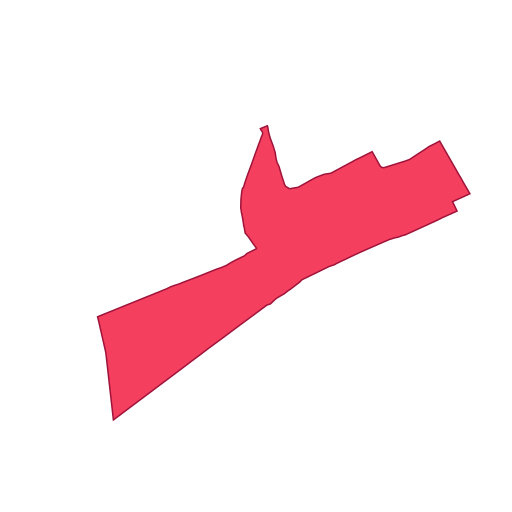 the district of Santa Cruz Amilpas, Oaxaca, Mexico, rotated 50°
{"feature_id": "50627088B5876126006722", "entity_name": "Santa Cruz Amilpas", "entity_type": "district", "adm_level": 2, "iso_a3": "MEX", "parent_name": "Mexico", "parent_adm1": "Oaxaca", "projection": "albers", "projection_center": [-96.687, 17.048], "detail": "fine", "context": "isolated", "style": "filled", "palette": "rose", "viewbox_px": 512, "rotation_deg": 50, "n_neighbors": 0, "source": "geoboundaries", "source_scale": "gbopen_adm2", "svg_char_len": 2734}
<svg xmlns="http://www.w3.org/2000/svg" viewBox="0 0 512 512"><g transform="rotate(50 256 256)"><path d="M289.9,470.6L291.6,439.2L294.6,383.9L295.1,373.9L295.4,368.3L295.6,364.8L295.7,362.7L295.8,361.2L296.2,352.2L297.9,325.2L297.9,324.1L299.7,294.6L300.6,279.3L302.0,275.7L301.6,269.9L301.6,267.1L302.4,262.4L303.1,258.7L303.2,254.3L303.6,250.4L304.1,238.9L304.0,238.4L303.7,236.7L303.9,235.6L304.2,234.1L308.3,217.8L311.0,206.9L313.2,201.2L313.3,201.0L313.3,200.0L315.4,191.7L315.7,190.9L316.9,186.0L318.5,179.8L320.0,174.3L321.2,170.2L322.4,165.9L329.1,143.2L329.6,142.2L331.1,138.4L332.8,135.3L334.7,130.2L335.6,128.5L335.9,127.6L344.9,94.9L346.1,90.2L346.3,88.8L347.2,85.9L350.8,73.1L340.7,70.5L342.0,65.8L343.9,59.0L345.8,52.1L338.4,50.8L334.7,50.2L331.6,49.6L326.8,48.7L325.3,48.5L320.2,47.6L319.9,47.5L314.8,46.6L311.5,46.0L286.0,41.4L285.2,45.3L284.1,50.0L283.7,51.6L283.4,52.9L282.7,59.8L281.6,68.7L280.8,76.0L279.5,79.9L272.8,95.9L270.5,101.4L269.0,102.6L267.5,103.1L264.9,102.7L264.4,102.6L258.4,101.4L258.1,101.4L256.4,101.0L253.7,100.5L250.7,100.0L250.3,101.9L249.7,104.3L247.3,114.4L246.7,116.3L246.6,117.0L246.2,118.6L245.6,121.8L243.5,131.9L242.5,136.8L240.7,145.4L237.2,151.3L235.6,155.8L234.2,160.0L233.2,164.9L231.9,171.9L231.1,176.1L230.5,179.4L226.1,187.0L222.4,188.3L221.3,188.5L219.7,188.2L211.2,184.8L202.2,180.8L198.0,179.8L194.1,177.9L189.1,174.8L182.7,172.1L175.3,169.5L172.5,168.3L168.3,166.2L164.5,163.9L163.5,163.6L162.8,165.9L162.4,167.2L161.2,170.8L162.6,171.2L164.0,171.2L165.7,171.7L166.8,172.4L168.2,175.3L170.5,179.2L172.5,182.8L174.9,186.9L177.2,190.9L179.6,195.0L180.1,195.8L181.4,198.1L181.8,198.7L184.5,203.4L184.9,204.1L187.5,208.7L187.9,209.4L190.2,213.3L190.6,214.0L191.5,215.4L191.9,216.1L193.0,217.9L193.5,218.6L195.6,221.7L195.3,222.6L197.4,225.4L202.9,231.1L206.3,234.1L209.5,236.9L211.3,237.9L212.0,238.4L213.3,239.2L216.2,240.7L217.4,241.4L219.1,242.4L220.0,242.9L220.5,243.2L223.1,244.8L225.6,246.3L227.0,246.9L228.3,247.7L230.5,249.0L231.6,249.6L231.9,249.5L232.5,249.5L235.4,249.5L237.6,249.6L243.4,250.2L244.9,250.3L247.7,250.5L250.1,250.6L250.4,250.7L250.6,251.4L248.2,261.5L248.5,264.5L247.9,266.7L247.1,270.0L246.6,271.8L245.8,275.2L245.4,277.2L244.9,279.8L244.3,283.5L244.1,285.1L243.7,286.2L242.6,289.9L241.6,292.3L241.5,292.7L240.7,294.7L235.1,311.8L231.8,321.5L228.9,329.8L228.7,330.5L228.4,331.5L228.0,332.8L227.6,333.7L226.6,336.2L226.2,337.1L225.7,338.5L225.4,339.4L224.8,340.8L224.7,341.3L224.0,344.1L223.6,345.8L222.5,349.1L220.7,354.8L219.6,357.9L219.4,358.8L216.5,367.6L215.0,372.3L210.5,386.1L200.7,416.4L206.9,419.5L208.8,420.5L218.8,425.6L228.5,430.6L230.3,431.5L233.3,433.1L235.2,434.3L289.9,470.6Z" fill="#f43f5e" stroke="#9f1239" stroke-width="1.5"/></g></svg>